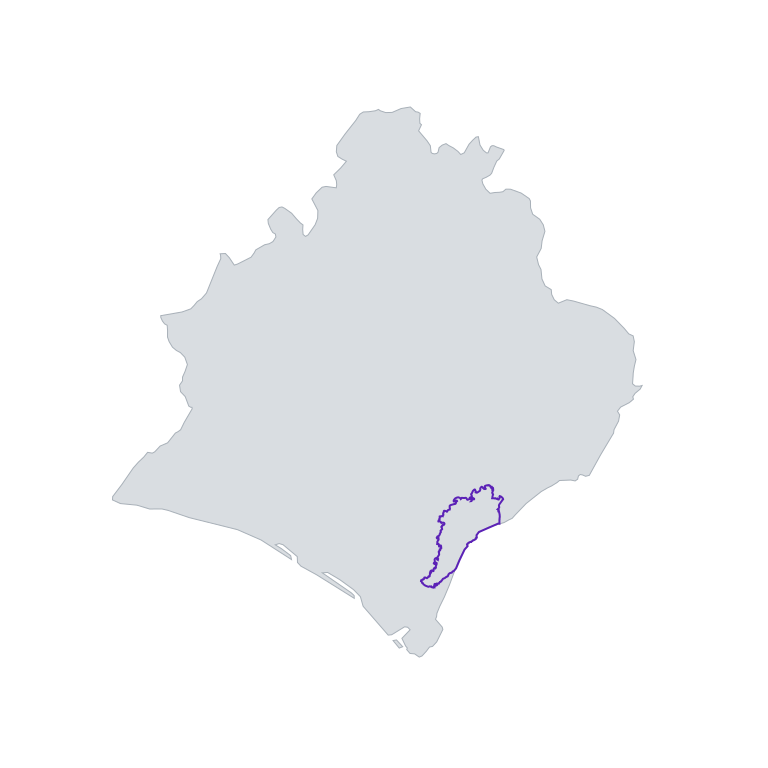 Indenie-Djuablin, Comoe, Ivory Coast shown in context, rotated 38°
{"feature_id": "98640826B87987908031267", "entity_name": "Indenie-Djuablin", "entity_type": "district", "adm_level": 2, "iso_a3": "CIV", "parent_name": "Ivory Coast", "parent_adm1": "Comoe", "projection": "robinson", "projection_center": [-3.502, 6.624], "detail": "fine", "context": "in_parent", "style": "outline", "palette": "violet", "viewbox_px": 768, "rotation_deg": 38, "n_neighbors": 0, "source": "geoboundaries", "source_scale": "gbopen_adm2", "svg_char_len": 9636}
<svg xmlns="http://www.w3.org/2000/svg" viewBox="0 0 768 768"><g transform="rotate(38 384 384)"><path d="M210.6,171.0L212.8,171.0L218.2,169.1L223.2,165.0L227.9,156.4L234.2,149.5L241.3,150.0L243.4,148.8L245.9,148.5L248.8,153.1L251.8,156.5L253.9,156.6L255.4,163.2L268.3,165.9L273.8,167.7L278.5,172.5L280.1,172.6L282.1,171.6L283.6,169.9L283.9,168.1L281.9,163.8L282.8,159.9L284.9,156.4L288.2,156.2L293.2,155.3L299.0,155.2L303.2,155.9L304.9,152.4L303.4,142.7L303.8,137.3L304.5,132.8L306.1,131.0L312.5,136.6L318.3,138.7L322.5,138.8L323.7,137.8L321.9,131.6L322.4,129.7L323.9,128.6L326.7,128.0L334.1,125.5L334.9,126.0L336.3,135.7L335.6,138.9L337.2,145.6L339.1,151.7L338.9,154.2L337.3,158.1L335.4,161.6L335.6,163.0L338.6,165.4L344.3,167.8L350.2,168.4L353.5,164.8L356.9,161.9L359.3,159.3L360.1,155.4L363.8,152.6L374.5,149.1L384.3,148.5L386.7,149.6L391.1,155.0L396.7,158.7L405.3,158.3L411.5,160.5L416.8,164.6L420.4,173.8L424.4,180.4L426.1,189.9L432.3,194.8L437.2,197.1L443.8,204.0L450.6,207.5L457.7,206.7L461.0,210.2L466.3,212.8L471.6,213.0L476.2,205.0L482.4,201.9L497.9,195.6L504.0,192.7L510.2,190.9L525.2,190.4L539.1,192.3L546.0,193.8L550.7,192.7L555.2,196.5L559.8,204.3L563.6,206.9L567.5,209.6L570.3,215.8L573.7,222.0L575.6,224.7L579.7,230.8L583.3,230.9L586.8,228.3L588.3,226.3L589.0,230.3L587.6,236.8L587.9,240.9L589.9,242.4L588.8,247.6L584.7,256.5L584.7,261.7L588.8,263.3L591.7,268.9L593.4,278.4L595.2,281.5L595.4,283.5L598.3,306.5L602.0,329.6L599.7,332.6L596.5,333.4L594.4,334.5L593.8,336.7L595.2,339.8L594.3,342.7L590.3,344.7L581.7,352.0L581.1,354.9L578.8,361.2L576.9,365.0L574.1,372.0L569.6,390.7L568.0,406.2L567.7,411.0L566.0,414.3L564.0,419.1L554.6,432.4L549.8,443.3L550.5,448.0L550.7,452.7L549.3,456.1L549.5,465.3L550.7,473.0L552.4,480.5L559.2,501.8L562.7,514.7L564.9,525.2L566.9,532.2L568.7,535.0L569.4,537.7L579.5,539.7L581.5,541.2L584.3,554.8L583.8,560.9L581.8,563.3L581.9,568.5L581.4,574.9L579.9,577.5L574.3,577.8L570.4,580.3L565.4,579.3L564.9,577.7L562.2,577.1L554.7,573.4L555.9,561.6L552.4,561.1L549.7,562.7L544.4,576.9L541.9,579.3L504.4,572.0L496.3,566.1L486.6,564.8L469.6,565.4L455.6,567.2L451.6,570.8L486.9,568.7L490.7,569.1L492.5,571.2L447.8,575.9L430.8,578.7L425.7,577.9L421.9,573.4L403.4,572.8L399.6,574.3L397.3,577.7L404.6,576.9L416.1,576.7L419.2,579.3L383.2,582.6L358.2,589.0L347.6,593.7L312.8,609.2L291.5,616.6L285.9,619.2L276.3,626.8L263.9,631.6L249.9,640.5L241.4,642.5L239.5,639.7L239.3,624.6L238.1,604.4L238.6,596.7L239.7,589.4L239.8,583.4L244.0,581.1L245.1,578.6L245.8,570.7L249.7,563.6L249.8,551.1L251.0,548.5L251.9,545.2L250.2,537.1L248.1,521.6L247.0,520.6L246.1,521.3L243.8,521.6L235.1,516.3L228.4,515.3L223.6,510.8L223.3,505.6L221.0,502.6L219.5,496.6L217.1,489.7L210.5,485.5L204.2,484.6L199.8,485.4L194.6,485.2L188.6,482.9L184.5,480.3L180.6,475.2L177.0,471.2L174.1,471.7L170.6,470.8L167.2,469.0L166.0,467.6L180.5,451.6L185.5,443.7L186.0,439.0L186.1,434.1L187.7,429.2L188.1,421.6L180.2,394.2L178.2,385.7L176.0,383.2L174.7,382.3L178.7,378.8L184.3,379.7L192.8,382.5L194.7,379.7L201.2,365.9L201.0,360.8L200.4,357.2L204.2,347.8L207.2,344.1L208.8,340.1L208.3,334.7L206.1,332.7L203.1,333.1L199.5,331.8L194.0,328.7L191.3,325.9L192.1,313.4L192.7,309.5L194.6,307.3L197.6,306.7L206.1,306.3L212.9,307.7L219.0,308.6L222.2,308.5L224.8,312.3L228.2,316.0L231.3,316.0L232.4,313.2L231.7,300.9L229.7,294.3L225.1,288.0L213.2,282.6L212.9,275.1L214.1,267.0L216.7,264.0L225.6,258.8L224.0,256.0L221.2,253.1L215.6,250.1L216.9,240.3L217.2,231.6L212.5,232.6L207.6,233.1L203.5,230.4L200.0,225.1L199.4,210.6L199.5,193.8L198.8,186.4L200.2,182.4L204.4,178.8L209.0,174.0L210.6,171.0ZM560.5,579.5L558.6,582.7L549.1,580.6L551.4,578.0L560.5,579.5Z" fill="#d9dde1" stroke="#a8b0b8" stroke-width="1"/><path d="M530.2,399.0L529.6,398.9L529.5,399.2L529.0,399.3L528.6,399.8L528.3,399.6L527.3,400.7L526.6,401.7L526.4,402.1L526.5,402.7L526.8,403.1L527.4,403.3L527.9,403.8L528.6,403.9L528.7,404.1L528.5,404.4L528.0,404.8L527.4,405.1L526.0,405.0L525.1,404.7L524.3,404.8L524.1,405.2L524.0,406.1L524.1,406.9L524.3,407.3L524.9,407.9L525.3,409.1L524.4,411.9L524.1,412.5L522.9,413.0L522.7,412.9L522.6,412.2L521.6,411.7L520.8,411.2L520.4,411.3L520.1,411.9L519.9,413.6L520.5,415.8L520.5,417.2L521.0,417.6L521.5,417.7L523.1,419.1L523.6,419.1L524.4,419.5L524.7,419.3L524.8,419.0L525.6,418.9L525.9,419.2L525.9,419.5L525.3,419.9L524.7,421.0L525.0,422.4L524.8,422.6L524.8,422.1L524.3,421.4L523.9,421.2L523.3,421.1L522.8,420.8L522.2,420.2L521.8,420.2L521.6,420.9L522.0,421.5L522.2,422.1L521.9,422.4L521.5,423.3L521.1,423.8L520.7,423.9L519.3,423.3L518.7,423.3L518.2,423.6L517.4,424.5L515.4,425.8L515.3,426.0L515.4,427.0L515.3,427.4L514.6,427.0L514.2,427.0L512.4,427.5L511.5,428.4L510.6,430.1L510.5,430.7L510.5,432.4L510.6,432.8L511.0,433.4L511.3,433.6L511.6,433.5L512.0,432.8L512.2,432.1L512.8,431.3L513.2,431.1L513.7,431.3L513.7,431.5L513.4,432.0L513.3,432.4L513.6,432.9L514.1,434.0L513.8,434.9L513.6,435.1L513.2,435.3L513.1,435.6L511.6,437.6L510.9,438.7L510.8,439.3L510.8,439.6L511.6,440.7L512.7,441.6L513.1,442.5L512.5,443.1L512.1,443.9L512.0,444.6L512.3,445.5L512.2,445.9L511.2,446.0L509.8,446.6L509.4,447.0L509.4,447.3L510.1,448.5L510.1,449.4L510.4,449.7L511.1,450.2L511.3,450.5L511.1,450.7L511.7,452.0L511.0,452.2L510.5,453.3L509.7,453.6L509.4,454.1L509.6,454.4L510.1,454.8L510.4,455.1L510.5,455.4L510.4,455.7L510.6,456.2L511.2,456.5L511.3,457.0L511.0,457.7L511.3,458.7L511.5,458.8L511.8,458.3L512.1,458.2L512.3,457.7L512.8,457.9L513.7,457.7L514.2,458.1L514.8,458.1L515.1,457.9L515.4,457.3L516.3,456.6L517.0,456.5L517.6,456.8L517.9,457.4L517.9,458.1L517.8,458.3L517.1,458.9L517.0,459.3L517.0,459.8L517.3,460.1L517.1,460.5L517.1,461.2L517.5,461.6L518.2,461.7L519.2,462.6L519.2,462.8L518.9,464.2L519.0,465.0L519.4,465.1L520.0,465.7L520.0,466.7L520.4,467.6L520.3,467.9L520.5,468.2L520.8,469.4L520.8,469.6L520.5,470.1L520.3,470.7L520.0,471.3L520.2,472.7L520.5,472.9L521.2,473.0L521.5,472.8L521.9,472.0L522.6,472.7L522.9,473.1L523.0,474.8L523.1,475.3L523.3,475.8L524.0,476.4L524.2,477.0L524.4,477.4L524.7,477.3L524.9,476.6L525.3,476.4L526.2,476.8L526.8,477.5L527.4,478.1L527.9,477.9L528.0,477.6L527.9,477.3L527.6,477.0L527.7,476.6L528.2,476.3L528.7,476.5L530.1,478.0L529.9,478.3L530.1,479.0L529.7,480.0L530.0,480.4L530.5,480.2L530.6,480.5L530.5,481.1L530.3,481.5L530.3,482.2L530.9,482.7L530.8,482.9L532.2,484.1L532.5,484.6L532.6,485.3L532.6,485.8L532.7,486.1L532.8,487.5L533.5,488.1L534.4,488.5L534.6,489.1L534.5,489.3L534.4,489.4L534.5,489.5L534.0,489.6L533.6,489.4L533.0,488.8L532.3,488.9L531.8,489.9L531.8,490.5L531.9,491.1L533.5,492.8L533.6,493.6L533.5,494.2L533.6,494.6L534.5,494.8L534.9,494.6L534.9,494.1L534.3,493.5L534.3,493.1L534.4,492.9L535.2,492.7L535.8,492.7L536.5,493.8L536.7,494.5L536.8,495.2L537.1,495.8L537.8,496.5L538.0,496.9L537.9,497.3L538.0,497.8L537.9,497.9L537.3,497.7L537.1,497.7L536.9,498.4L537.1,499.5L537.9,500.5L538.1,500.7L538.1,501.0L537.8,501.3L536.7,501.4L536.2,501.7L535.9,502.5L535.9,503.1L536.2,503.7L536.8,503.3L537.1,503.4L537.2,503.5L537.2,504.0L536.6,504.5L536.6,504.8L537.4,505.5L537.7,506.1L537.7,506.7L538.3,507.3L538.3,507.7L538.2,507.9L537.8,508.0L537.6,508.2L537.5,508.4L537.7,509.2L537.5,510.3L537.4,510.6L536.4,510.9L535.9,510.9L535.0,511.6L535.0,511.9L535.3,512.2L535.5,513.0L535.4,513.8L534.7,514.2L534.7,514.8L534.4,515.4L534.1,515.7L534.1,515.8L534.2,516.0L534.5,516.5L534.9,516.3L535.1,516.3L535.4,516.6L536.3,517.2L536.7,517.3L536.9,517.1L537.1,517.0L538.5,517.6L539.9,517.4L540.5,517.5L543.8,516.5L544.5,515.4L545.2,515.1L545.7,514.4L546.1,514.4L546.5,514.8L546.9,514.7L547.4,514.4L547.7,514.3L547.8,514.0L548.1,514.1L548.5,513.9L548.6,513.5L549.0,513.2L548.6,512.8L548.5,512.5L548.3,512.4L548.4,512.2L548.1,512.4L547.9,512.3L547.8,512.0L547.7,512.1L547.6,511.9L547.9,511.6L548.1,511.6L547.6,511.4L547.6,511.1L547.3,510.9L547.3,510.6L547.1,510.4L547.2,510.2L547.4,510.2L547.7,509.9L548.3,509.8L548.3,509.4L548.8,509.6L548.8,509.2L549.2,508.2L549.5,508.2L549.6,508.3L549.8,507.4L550.1,507.3L549.9,506.5L550.0,506.1L549.9,505.6L550.3,505.2L550.3,504.8L550.6,504.3L550.4,503.9L550.5,503.6L550.4,503.3L550.5,502.8L550.5,502.0L550.4,501.8L550.4,501.2L550.7,500.6L550.9,500.3L551.4,499.6L551.5,498.8L551.6,498.6L551.7,498.1L551.9,497.8L551.9,497.3L552.3,497.0L552.6,496.3L552.4,495.2L552.1,494.7L552.0,494.1L552.2,492.8L552.6,492.0L553.0,491.7L553.6,490.8L553.5,490.5L553.5,489.4L554.1,488.7L554.3,484.9L552.0,476.5L549.4,464.8L549.7,461.0L549.7,460.3L548.3,459.5L548.1,459.1L548.2,457.8L548.7,456.2L549.3,455.3L550.0,454.8L549.9,454.1L550.3,453.4L550.4,452.3L551.0,451.7L551.8,449.7L551.3,448.5L551.7,447.9L550.0,446.2L549.9,442.2L559.9,423.7L561.0,423.0L558.5,419.9L558.3,419.3L557.7,418.7L557.1,417.5L555.5,415.7L553.4,413.9L552.7,414.1L552.1,413.5L552.3,413.0L552.1,412.6L551.3,412.5L550.7,412.7L550.9,411.0L550.8,410.4L550.5,410.0L549.6,409.3L549.3,408.8L549.0,408.0L548.8,402.6L548.7,402.4L548.9,401.6L548.5,401.2L548.1,401.0L547.4,400.8L546.3,400.7L545.2,400.7L544.2,401.1L544.3,401.6L545.1,402.3L545.3,402.8L545.5,403.3L545.4,403.8L545.3,404.2L545.4,404.5L545.1,404.7L544.9,404.6L544.0,404.8L543.8,404.6L543.3,405.3L542.7,405.3L542.0,405.5L541.8,406.0L541.2,406.2L539.6,407.4L539.4,406.9L538.8,406.0L537.9,403.8L537.0,403.6L536.8,403.3L536.4,403.2L536.0,402.8L535.8,401.8L535.7,401.3L535.4,400.9L535.1,400.9L535.3,400.2L534.9,399.9L534.5,400.3L534.2,400.2L534.2,399.8L534.3,399.5L534.2,399.1L533.8,399.0L533.7,399.0L534.0,399.6L533.9,399.7L533.6,399.9L533.4,399.8L533.3,399.0L533.1,399.1L533.1,399.8L532.9,399.7L532.7,399.3L532.6,398.8L532.4,398.7L532.2,399.0L532.2,399.4L532.4,399.7L532.3,399.8L531.6,399.4L531.2,399.4L531.1,399.0L530.9,398.9L530.2,399.0Z" fill="none" stroke="#5b21b6" stroke-width="2"/></g></svg>